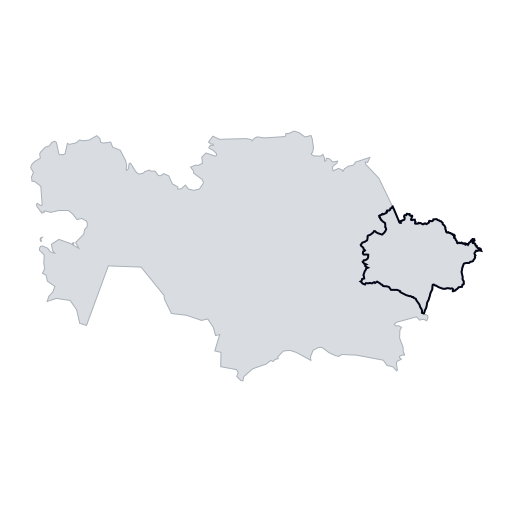 Kazakhstan, with East Kazakhstan highlighted
{"feature_id": "KAZ-3206", "entity_name": "East Kazakhstan", "entity_type": "Region", "adm_level": 1, "iso_a3": "KAZ", "parent_name": "Kazakhstan", "parent_adm1": "", "projection": "albers", "projection_center": [82.81, 48.617], "detail": "fine", "context": "in_parent", "style": "outline", "palette": "ink", "viewbox_px": 512, "rotation_deg": 0, "n_neighbors": 0, "source": "natural_earth", "source_scale": "10m", "svg_char_len": 9654}
<svg xmlns="http://www.w3.org/2000/svg" viewBox="0 0 512 512"><path d="M278.2,358.6L275.0,359.5L273.0,361.5L270.9,360.4L266.1,364.1L252.9,368.7L243.8,376.6L242.9,380.9L240.8,380.5L236.7,376.4L238.2,372.9L236.5,369.6L220.7,366.7L221.0,352.4L214.8,350.9L219.7,334.5L215.6,335.6L213.4,327.5L207.8,319.0L201.5,320.4L186.7,315.3L171.4,313.5L164.6,299.5L163.9,295.2L141.1,267.1L108.3,265.9L86.5,325.4L79.7,323.3L76.7,309.9L70.2,300.5L56.3,298.4L47.1,301.5L48.9,296.2L52.9,291.8L54.9,286.4L47.4,281.2L46.1,275.2L42.5,273.4L44.7,268.5L43.8,263.1L44.2,254.9L39.5,250.3L39.6,247.8L41.0,246.1L42.5,246.0L47.6,248.2L50.3,251.8L54.7,253.2L52.6,250.6L51.4,244.3L58.9,239.4L70.5,243.5L78.8,248.3L75.6,242.5L83.7,234.2L84.7,229.4L87.2,226.7L87.3,223.3L86.3,221.0L81.8,218.5L76.9,219.5L72.6,213.9L68.5,210.5L58.7,210.5L50.9,212.4L44.5,210.9L43.9,212.7L43.2,211.9L42.0,212.3L41.9,213.2L36.9,206.4L36.5,204.6L37.2,203.3L40.9,205.6L42.2,204.9L40.8,186.3L34.4,181.3L32.0,181.3L31.5,177.1L33.4,172.5L30.7,167.7L31.5,164.9L34.2,161.8L40.3,158.2L39.7,153.7L40.9,151.7L45.4,147.1L49.1,146.1L52.0,142.3L54.7,141.2L56.5,142.6L58.8,153.7L59.6,154.6L63.6,154.7L65.1,153.7L67.4,143.3L69.1,144.4L76.1,142.9L79.5,140.0L83.0,140.8L89.2,140.0L96.8,135.7L99.9,138.6L100.5,142.1L103.2,143.1L110.7,142.1L112.7,147.2L120.3,150.3L125.6,160.6L126.8,166.0L126.1,169.3L126.6,170.4L128.4,168.8L129.1,163.8L130.5,163.1L135.7,171.5L138.5,174.1L143.1,173.3L144.8,171.6L149.4,170.0L150.5,171.1L155.0,171.1L158.4,175.6L160.8,175.7L163.6,173.6L168.8,175.9L172.3,183.8L177.8,186.9L177.9,189.2L181.4,188.7L185.4,185.0L188.3,189.0L193.9,190.4L199.4,189.0L203.2,183.5L203.3,181.8L201.9,179.3L193.6,173.1L193.4,170.8L190.6,167.1L195.6,165.1L198.2,165.4L202.4,163.3L201.8,157.1L206.0,153.0L215.2,156.1L216.6,155.4L216.4,153.5L213.4,150.5L209.1,148.2L208.9,147.3L210.1,145.6L213.5,145.2L213.2,144.1L210.8,144.0L208.5,142.0L212.9,136.2L219.4,139.3L246.2,138.6L250.9,139.5L252.2,140.8L254.4,138.2L257.2,136.9L264.6,137.9L284.7,136.6L285.8,135.5L285.8,133.6L289.0,133.4L294.0,131.1L299.0,132.6L305.1,137.0L311.0,135.5L312.2,138.8L313.5,148.2L312.6,152.1L311.3,153.7L311.6,154.6L313.9,155.9L320.7,156.1L322.9,154.3L324.4,158.0L324.6,161.2L326.1,160.5L326.1,158.8L326.8,158.2L329.7,159.0L332.6,162.0L337.6,161.1L337.0,163.0L332.8,166.4L332.3,168.2L333.3,170.9L338.3,168.5L341.8,169.7L343.0,171.4L344.4,168.8L348.6,166.1L352.7,165.4L354.4,164.2L355.2,162.2L369.9,157.4L367.6,162.4L365.3,162.1L365.7,164.3L378.9,178.3L394.2,209.9L399.3,222.5L404.2,219.7L404.6,215.6L407.8,213.8L412.0,215.7L411.3,219.5L414.7,219.8L415.5,223.5L426.7,223.9L429.7,221.0L436.2,219.3L442.6,223.0L446.9,232.2L454.4,235.1L454.6,238.0L457.3,242.7L468.0,244.3L473.3,239.2L474.0,240.6L473.0,243.0L475.1,244.2L477.4,247.5L480.1,248.6L481.3,250.8L475.5,251.7L474.7,253.7L474.8,257.9L473.0,260.9L463.9,263.8L461.7,272.0L463.6,283.4L461.7,286.7L458.8,287.3L453.6,291.0L452.1,288.6L444.4,288.8L432.8,285.2L424.2,312.7L424.3,314.0L427.8,315.6L427.9,317.9L426.7,320.8L423.6,319.2L419.6,320.1L416.6,316.8L396.5,322.3L394.2,324.3L395.6,325.8L398.8,325.8L401.5,327.5L399.9,330.2L399.6,338.1L403.1,347.4L403.2,351.8L404.6,354.4L404.1,355.4L402.4,354.9L399.5,356.3L399.4,357.4L401.3,359.2L396.9,361.5L396.4,363.4L397.4,370.1L396.7,370.9L393.1,366.9L386.9,365.4L383.3,360.2L356.3,355.1L341.7,354.5L338.9,356.4L335.6,355.7L328.9,352.6L321.7,347.2L318.3,347.6L313.0,350.3L310.4,357.1L310.9,360.4L296.3,352.4L289.9,350.4L283.4,351.0L277.7,356.9L278.2,358.6ZM41.6,241.2L40.5,241.2L40.1,239.0L41.2,237.4L42.4,237.3L40.7,239.0L41.6,241.2ZM73.5,244.6L72.6,244.0L72.4,243.0L73.9,242.8L73.5,244.6Z" fill="#d9dde1" stroke="#a8b0b8" stroke-width="1"/><path d="M481.3,250.8L478.9,250.2L477.3,250.9L476.3,250.7L476.0,250.7L475.8,251.0L475.6,251.6L475.4,251.9L474.8,252.5L474.5,253.2L474.5,253.4L474.6,254.2L474.9,254.7L475.3,255.1L475.5,255.4L474.9,256.4L475.1,257.5L475.1,257.8L474.3,259.0L473.6,259.8L473.2,260.9L473.0,261.1L471.7,261.7L470.6,261.7L470.3,261.8L469.6,262.6L469.0,263.0L466.9,262.9L464.3,263.4L463.9,263.7L463.6,264.2L462.2,268.1L462.0,270.0L461.9,270.6L461.6,271.5L461.5,271.9L462.7,277.0L462.7,277.6L462.5,278.7L462.6,279.3L462.8,279.8L463.7,281.1L463.8,281.5L463.7,282.1L463.8,282.7L463.9,283.0L463.7,284.2L463.5,284.4L463.0,284.4L462.5,284.7L462.4,285.0L462.3,285.6L462.1,286.1L461.9,286.9L461.1,286.9L459.6,287.2L458.9,287.2L458.7,287.2L458.3,287.6L458.0,288.1L457.8,288.4L457.0,289.0L456.6,289.4L455.8,289.7L455.6,289.9L455.4,290.5L455.1,290.6L454.2,290.9L453.4,291.2L453.0,291.3L452.8,291.2L452.7,291.0L453.1,290.1L453.1,289.5L452.9,289.0L452.5,288.6L452.1,288.4L451.5,288.4L450.4,288.7L449.9,288.6L449.2,288.3L447.4,288.2L446.1,288.4L445.4,288.8L445.1,288.9L444.2,288.7L443.1,288.8L438.6,287.2L436.6,285.9L436.1,285.6L435.0,285.4L434.2,284.7L433.9,284.6L433.3,284.6L432.7,284.8L432.6,285.0L432.6,285.7L432.4,286.5L432.5,287.0L432.3,288.2L432.4,288.8L432.3,289.4L430.5,293.0L429.5,297.2L429.0,298.2L428.8,299.4L428.6,300.0L427.8,301.3L427.3,302.3L427.0,303.4L426.7,305.8L426.3,307.4L426.2,307.9L425.8,308.7L424.9,310.3L424.5,312.0L424.1,312.9L424.0,313.4L423.7,313.5L421.9,312.8L422.1,311.0L421.5,309.0L420.3,307.3L419.4,304.5L416.3,300.2L415.8,298.8L413.6,297.8L413.5,297.3L413.1,297.0L411.8,297.0L411.4,296.6L410.7,296.1L409.3,296.1L406.1,295.1L401.0,292.5L400.1,291.9L400.1,291.1L397.2,289.9L391.0,289.9L388.9,286.9L385.9,286.2L384.7,286.3L383.0,286.0L382.3,284.8L381.2,284.5L380.3,283.6L377.1,281.6L375.0,283.0L374.3,282.2L373.2,282.6L372.0,283.4L369.7,282.9L368.8,283.3L365.7,283.2L365.0,284.5L362.6,283.6L361.2,281.9L360.6,281.5L361.2,281.2L361.7,280.6L362.0,279.6L362.1,279.0L364.2,278.5L363.9,276.4L363.7,275.5L363.4,275.1L364.8,271.1L365.7,269.9L366.2,268.4L367.9,267.7L366.5,267.0L365.2,266.1L365.1,264.8L366.2,264.4L365.2,263.9L364.1,263.7L363.8,263.0L363.0,262.4L362.7,261.9L363.3,261.5L363.5,260.7L363.9,260.2L365.2,260.2L366.7,259.4L367.8,258.3L368.0,257.4L368.2,256.5L368.2,254.7L366.4,254.5L363.8,254.6L362.9,253.6L363.1,251.5L364.2,251.1L365.0,250.4L363.5,248.9L363.5,248.2L362.5,246.9L361.3,246.1L360.7,244.9L362.4,242.6L364.8,241.8L367.1,240.3L367.5,238.5L367.6,237.6L367.6,236.3L367.7,235.9L368.3,235.4L369.3,235.2L370.6,234.6L373.3,232.4L374.0,231.1L375.0,231.1L376.3,232.4L378.7,233.5L382.1,234.6L384.4,232.5L385.5,230.8L386.2,229.3L385.7,227.6L385.2,227.2L385.3,225.5L385.1,223.1L382.3,221.1L381.3,219.8L381.0,219.8L380.8,219.7L380.5,218.7L380.4,218.5L380.1,218.3L380.1,217.6L379.9,217.4L379.4,217.1L379.5,216.8L379.2,216.3L379.1,216.0L379.4,215.9L379.5,215.7L380.1,215.2L380.5,215.3L381.7,214.6L382.0,214.1L382.5,213.9L382.8,214.4L383.4,214.3L386.4,212.9L386.9,212.4L387.1,211.7L386.6,211.5L387.1,210.5L388.6,210.4L389.0,210.6L389.6,210.2L390.1,209.7L390.4,208.9L390.4,208.5L391.9,207.9L392.4,206.5L392.6,206.4L394.2,209.9L398.7,220.7L399.1,221.9L399.7,222.7L400.1,222.9L400.4,222.9L399.8,221.9L399.7,221.4L400.1,221.2L400.2,221.3L400.6,221.7L400.8,221.9L401.1,221.8L401.2,221.7L401.4,221.1L401.5,220.8L402.1,220.6L402.5,220.2L403.1,220.2L403.5,220.1L404.0,219.9L404.4,219.5L404.6,218.9L404.7,218.0L404.6,217.5L404.1,217.0L404.1,216.4L404.2,215.9L404.3,215.5L404.5,215.3L404.6,215.2L405.8,215.3L406.2,215.2L406.4,214.8L406.4,214.5L406.6,214.0L407.0,213.7L408.6,214.4L408.9,214.5L409.3,214.0L409.6,214.0L409.7,214.3L409.7,214.9L409.8,215.2L409.9,215.4L410.8,215.9L411.3,216.0L411.8,215.6L412.0,215.6L412.2,215.8L412.3,216.0L412.2,216.6L411.4,218.4L411.0,219.7L411.1,219.9L411.6,220.1L412.2,220.1L413.5,219.7L414.8,219.7L414.8,220.4L415.0,220.9L415.5,221.9L415.1,222.7L415.0,223.1L415.1,223.5L415.4,223.7L417.8,223.7L418.0,223.5L418.3,223.0L418.5,222.8L418.8,222.8L419.2,223.1L419.4,223.2L420.2,223.0L420.7,223.1L421.2,223.3L422.4,224.2L422.9,224.3L423.5,224.2L424.1,223.6L424.5,223.7L424.9,223.4L425.3,223.6L425.8,223.5L426.0,223.6L426.5,224.1L428.0,223.2L428.7,222.8L429.0,222.4L429.0,221.2L429.3,220.9L429.7,220.8L430.6,221.1L432.0,221.2L432.5,221.0L432.9,220.6L433.2,220.0L433.4,219.3L433.8,219.3L434.2,219.4L435.8,219.1L437.0,219.3L437.3,219.8L437.7,220.1L438.9,220.3L439.2,220.4L440.1,221.2L440.8,221.2L441.2,221.4L441.4,221.6L441.9,222.3L442.4,222.5L442.7,222.9L442.7,224.0L443.0,224.5L444.4,225.5L444.7,226.0L444.9,226.8L445.3,227.2L445.4,227.5L445.5,227.8L445.3,228.7L445.4,229.3L446.0,230.4L446.0,231.5L446.1,231.8L446.7,232.1L447.0,232.6L447.5,232.6L448.2,232.1L448.6,232.3L449.0,232.7L449.3,233.0L449.7,233.0L450.5,233.0L451.0,233.6L451.4,233.8L452.0,233.8L452.6,234.7L452.7,234.8L453.3,234.5L453.5,234.5L454.2,234.8L454.4,235.0L454.8,235.8L454.8,236.0L454.0,236.3L454.0,237.3L454.1,237.8L454.3,238.0L455.0,238.1L455.2,238.3L455.4,238.7L455.6,239.6L455.7,239.9L456.5,240.7L456.8,241.2L456.9,242.5L457.2,243.0L457.7,243.3L458.1,243.1L458.6,242.8L459.0,242.6L459.3,242.7L459.8,243.1L460.1,243.2L460.7,243.0L461.4,242.5L461.6,242.5L461.8,242.7L461.9,243.2L462.1,243.4L462.3,243.5L462.9,243.2L463.1,243.2L463.3,243.3L463.7,243.8L463.8,243.8L464.6,243.3L465.3,243.4L465.2,244.5L465.4,244.7L465.6,244.8L465.8,244.7L466.3,244.1L466.8,243.9L467.2,244.0L467.6,244.4L468.0,244.9L468.4,244.3L469.0,242.8L469.6,242.3L470.3,242.0L471.0,241.3L471.2,241.2L471.3,240.9L471.1,240.5L471.7,240.2L471.9,239.9L472.1,239.9L472.4,239.6L472.4,239.2L472.6,239.0L473.0,239.0L473.4,239.2L474.2,239.1L474.3,239.2L474.3,239.4L474.1,239.9L474.1,240.1L474.5,240.6L474.1,241.0L473.4,241.2L473.1,241.4L472.6,242.3L472.6,242.6L472.7,242.8L472.9,243.1L473.2,243.2L473.9,243.1L474.2,243.1L475.2,243.8L475.2,244.4L475.2,244.8L475.4,245.1L476.6,245.8L476.4,246.1L476.3,246.5L477.6,247.6L477.6,248.0L477.9,248.3L478.3,248.3L479.3,248.2L479.6,248.3L480.6,248.8L480.8,249.1L481.1,250.3L481.3,250.8Z" fill="none" stroke="#020617" stroke-width="2"/></svg>